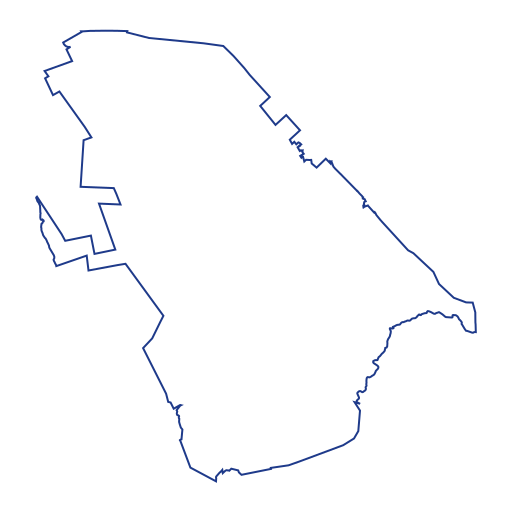 Lerdo, Durango, Mexico
{"feature_id": "50627088B11643703419483", "entity_name": "Lerdo", "entity_type": "district", "adm_level": 2, "iso_a3": "MEX", "parent_name": "Mexico", "parent_adm1": "Durango", "projection": "mercator", "projection_center": [-103.587, 25.471], "detail": "fine", "context": "isolated", "style": "outline", "palette": "blue", "viewbox_px": 512, "rotation_deg": 0, "n_neighbors": 0, "source": "geoboundaries", "source_scale": "gbopen_adm2", "svg_char_len": 5944}
<svg xmlns="http://www.w3.org/2000/svg" viewBox="0 0 512 512"><path d="M368.5,377.2L369.1,377.3L369.7,377.3L371.1,376.6L371.4,376.4L372.1,375.8L373.4,375.1L373.8,374.8L374.3,374.3L375.2,372.6L375.6,371.6L375.7,371.2L376.1,370.6L377.8,368.9L378.3,367.9L378.4,367.1L378.3,366.7L378.0,366.2L377.0,365.3L373.8,363.2L373.4,362.7L373.2,362.3L373.2,361.8L373.3,361.1L373.7,360.9L374.5,360.4L375.5,360.1L377.3,360.1L377.5,360.0L378.5,357.4L378.7,357.1L379.9,356.2L380.8,355.1L381.2,354.6L381.8,353.8L383.0,352.8L384.0,351.7L384.5,351.1L384.8,350.5L384.9,349.5L385.2,348.8L385.2,348.0L385.4,347.9L386.6,347.5L387.2,346.4L387.3,344.8L387.4,343.3L387.3,341.4L387.5,340.7L388.1,339.1L389.1,337.6L389.7,336.6L390.0,335.7L390.2,334.4L390.5,333.8L390.7,332.5L390.8,331.5L390.8,331.1L389.9,329.2L389.8,328.7L389.9,328.3L390.2,328.2L391.3,328.4L392.8,328.5L393.2,328.3L393.5,328.1L393.5,327.9L392.9,327.2L392.9,326.9L394.6,326.2L395.4,325.8L396.2,325.3L396.7,325.1L397.2,324.9L399.7,324.6L400.1,324.3L400.8,323.3L401.4,322.7L401.8,322.4L402.6,322.1L403.5,322.1L403.8,322.1L404.6,321.6L405.6,321.4L407.4,320.5L407.9,320.5L409.1,320.7L409.6,320.7L409.9,320.6L410.5,320.1L411.6,319.0L412.1,318.6L413.5,318.3L415.1,318.2L415.8,317.8L416.7,317.1L417.1,316.4L418.7,314.8L418.9,314.6L419.2,314.5L419.7,314.7L419.7,314.9L420.1,315.0L420.5,315.1L421.0,315.0L421.1,314.9L421.5,314.3L422.2,314.0L424.8,313.2L426.3,313.1L426.6,313.0L426.7,312.8L427.2,311.6L427.7,311.1L428.0,311.1L429.3,311.4L431.6,312.4L432.3,312.9L433.9,313.7L434.4,313.8L435.3,313.7L436.3,313.0L437.5,312.7L438.8,312.2L439.1,312.2L440.7,313.2L442.5,314.4L445.3,316.8L446.0,317.1L451.6,317.5L452.0,317.5L452.5,317.1L452.6,316.7L452.5,315.8L452.6,315.5L452.7,315.2L452.9,315.1L453.5,315.0L453.9,315.1L455.0,315.1L455.6,315.2L456.2,315.4L457.6,316.5L458.3,317.6L459.1,319.3L459.7,319.8L460.2,320.3L461.4,321.7L461.8,322.5L461.8,322.8L461.6,323.8L461.7,324.2L462.1,324.6L464.8,329.1L466.0,330.7L466.1,330.8L467.1,330.9L472.0,332.6L472.4,332.7L473.4,332.6L473.6,332.4L474.0,332.2L475.0,332.0L475.8,332.1L475.6,324.5L475.4,322.3L475.3,312.4L472.7,302.6L466.1,302.4L453.8,297.8L439.0,284.0L433.4,271.9L413.4,253.2L408.1,250.3L381.1,220.8L380.7,221.1L381.0,220.7L376.4,215.1L375.6,213.4L375.4,213.3L375.0,212.8L374.8,212.9L374.6,212.6L374.9,212.4L374.6,212.0L374.0,212.4L368.5,206.3L367.9,205.8L368.1,205.5L368.7,205.2L365.2,206.4L364.2,206.9L363.5,207.4L363.4,207.0L363.3,205.7L364.4,205.4L364.1,204.1L363.9,204.1L364.2,202.2L364.7,201.6L365.1,201.5L365.7,201.3L364.7,199.2L363.3,198.8L363.2,197.7L362.7,197.9L362.6,197.1L362.2,196.2L359.5,193.5L357.5,191.1L357.4,191.2L357.0,190.8L356.9,190.8L356.8,190.6L342.7,176.2L341.0,174.4L340.9,174.3L340.8,174.2L340.7,174.2L335.2,168.7L333.4,166.6L331.5,161.7L331.5,161.4L330.9,161.6L330.3,161.3L330.4,162.5L330.3,163.0L330.3,163.3L325.8,158.7L316.6,167.6L311.7,163.5L311.6,162.7L311.2,159.9L309.6,160.0L306.1,159.8L304.3,161.5L303.0,156.7L302.5,156.6L301.4,157.7L300.2,155.9L303.7,153.8L302.5,152.3L302.6,150.8L302.3,151.0L302.1,150.6L301.6,150.9L301.3,150.8L300.9,150.3L299.8,151.0L297.6,147.2L299.2,145.8L299.5,146.2L300.0,145.8L299.9,145.5L301.2,144.4L299.6,142.9L298.4,142.4L296.3,144.3L294.3,141.8L292.1,143.9L289.8,139.7L300.0,130.3L286.2,115.1L275.5,124.9L260.2,105.9L267.8,98.9L269.8,97.0L249.6,74.8L244.3,68.1L233.6,56.1L223.3,46.0L203.6,43.3L149.0,38.0L127.0,32.4L127.3,31.1L120.1,30.9L117.2,30.8L105.7,30.7L89.9,30.9L83.7,31.3L81.3,31.3L81.7,31.9L63.2,42.5L63.9,44.2L64.5,44.7L64.8,45.3L65.4,45.6L66.0,46.2L66.6,46.5L68.0,46.9L68.9,47.0L69.5,47.0L70.5,46.8L66.5,49.4L72.1,61.1L44.6,71.0L48.4,76.3L45.1,78.3L53.0,95.1L59.4,91.5L84.8,127.0L91.4,137.4L83.6,140.2L80.6,186.8L113.8,188.1L116.4,194.0L120.5,204.5L99.0,203.6L115.3,249.6L94.5,253.9L90.9,235.6L65.2,240.8L61.6,234.1L37.0,196.7L36.3,197.4L36.2,197.7L36.3,198.2L36.9,199.4L37.2,200.6L37.5,201.3L38.9,203.1L39.1,203.8L40.0,205.7L40.1,207.0L40.3,210.9L40.3,212.3L40.6,213.1L40.6,213.4L40.4,214.1L40.3,217.1L40.3,217.6L40.6,219.1L41.1,219.8L41.4,219.9L41.8,219.9L42.0,219.8L42.4,219.5L43.1,220.1L43.3,220.2L43.5,220.4L43.7,220.9L43.7,221.1L43.6,221.4L43.0,221.7L42.7,222.2L42.5,222.5L42.5,222.9L42.3,223.2L42.1,223.4L41.6,223.8L41.4,224.0L41.4,225.0L41.3,225.3L41.1,227.1L41.4,228.1L41.4,230.0L41.8,231.4L42.4,232.7L43.2,235.3L44.9,237.9L45.6,238.5L46.6,240.4L47.4,242.4L48.0,243.4L48.3,244.2L48.7,245.0L49.0,245.7L49.2,247.2L49.6,248.2L53.8,255.2L54.3,256.7L54.3,258.0L54.0,258.9L53.6,259.5L53.7,260.3L54.2,261.5L54.6,262.1L54.9,262.9L56.1,265.1L56.3,266.1L86.7,255.6L88.5,270.5L117.5,265.1L125.5,263.8L163.4,315.8L160.3,321.9L152.2,338.4L143.1,348.1L166.1,393.7L168.2,401.9L170.6,402.5L173.7,408.7L180.2,405.0L181.0,405.2L180.2,405.6L176.6,410.2L177.2,411.4L177.1,412.1L176.9,412.7L176.8,413.8L177.1,414.7L177.4,415.1L178.0,415.2L178.5,415.5L178.9,415.8L179.1,416.2L178.9,416.7L178.8,417.4L178.9,418.2L179.3,418.8L179.2,419.8L179.1,421.9L179.7,424.1L180.8,427.5L181.4,428.3L182.1,429.1L182.4,429.5L181.5,439.2L181.2,439.2L181.1,439.4L179.9,440.1L179.9,440.3L180.2,440.5L180.3,440.7L190.4,467.6L216.0,481.3L216.2,478.3L216.0,477.1L216.1,476.8L216.4,476.3L219.9,472.3L220.4,472.1L222.3,469.9L222.8,473.1L225.4,470.7L226.2,470.3L226.7,470.2L228.2,470.5L228.7,470.4L229.3,470.7L231.3,468.7L238.2,470.4L238.9,472.4L241.5,474.8L271.0,468.9L270.8,467.9L288.6,465.3L299.1,461.6L343.2,445.2L354.0,438.5L358.3,431.1L360.0,410.6L354.6,402.2L360.1,403.8L357.4,402.4L356.8,401.9L356.6,401.3L356.7,400.9L357.3,400.0L358.5,399.0L358.8,398.6L359.0,398.2L359.0,397.9L359.0,397.6L358.8,397.0L357.9,395.0L357.4,393.8L357.3,393.4L357.4,392.9L357.7,392.5L358.7,391.5L359.4,391.2L360.3,391.1L360.6,391.2L362.1,392.1L362.6,392.1L363.0,392.0L364.3,391.0L365.1,390.5L365.5,390.0L365.8,389.4L365.9,388.8L365.6,387.3L365.7,387.0L366.4,386.0L366.5,385.6L366.5,385.2L366.3,384.6L366.3,383.9L366.5,382.8L366.4,380.9L366.6,378.8L366.8,378.0L367.2,377.4L367.7,377.1L368.5,377.2Z" fill="none" stroke="#1e3a8a" stroke-width="2"/></svg>